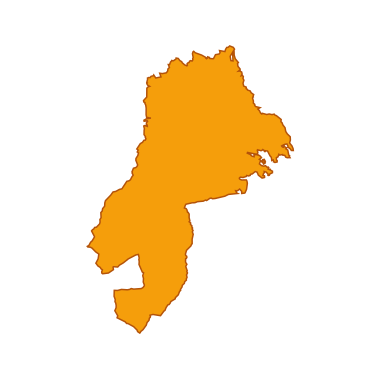 the district of Sangeorz-Bai, Bistrita-Nasaud, Romania, rotated 199°
{"feature_id": "2599482B94915018656895", "entity_name": "Sangeorz-Bai", "entity_type": "district", "adm_level": 2, "iso_a3": "ROU", "parent_name": "Romania", "parent_adm1": "Bistrita-Nasaud", "projection": "robinson", "projection_center": [24.648, 47.428], "detail": "fine", "context": "isolated", "style": "filled", "palette": "amber", "viewbox_px": 384, "rotation_deg": 199, "n_neighbors": 0, "source": "geoboundaries", "source_scale": "gbopen_adm2", "svg_char_len": 6087}
<svg xmlns="http://www.w3.org/2000/svg" viewBox="0 0 384 384"><g transform="rotate(199 192 192)"><path d="M248.5,313.8L250.6,313.5L250.4,312.7L251.8,310.6L252.7,309.8L254.0,309.8L254.2,308.5L254.6,308.1L254.7,305.2L255.9,304.8L253.9,302.4L254.8,300.5L254.4,298.4L255.1,296.3L258.6,294.3L261.2,293.8L258.8,290.7L263.4,288.0L266.3,290.2L266.4,289.3L268.4,288.0L268.8,286.6L270.3,286.1L271.2,285.2L270.7,284.3L270.4,280.7L269.8,280.6L270.0,279.7L268.6,278.5L266.5,278.1L267.6,277.3L268.5,275.5L265.7,267.0L267.6,262.7L266.9,261.4L265.6,261.3L265.3,260.3L264.1,259.2L262.7,256.5L260.5,250.0L259.2,247.8L254.9,248.5L258.8,246.5L260.8,244.2L260.3,243.3L257.5,244.8L257.1,244.5L257.5,244.0L257.2,243.7L257.6,242.4L256.9,240.6L256.1,240.7L255.6,239.5L258.2,239.5L259.0,239.0L259.0,238.5L257.5,236.1L257.4,234.9L256.0,230.6L254.0,229.1L253.9,228.3L252.9,227.4L253.0,225.9L254.3,225.2L255.0,222.8L256.6,221.0L258.2,214.7L256.5,214.1L256.8,212.0L255.4,211.7L255.1,208.9L255.9,205.5L255.4,203.7L252.2,199.9L252.3,198.2L253.0,196.9L255.1,195.4L255.3,191.5L254.8,191.1L254.8,190.4L253.1,188.8L253.8,186.6L254.2,183.5L255.3,182.0L257.1,180.9L259.3,172.2L261.5,170.8L264.2,167.8L266.7,166.3L267.8,162.6L271.0,155.7L270.9,153.4L270.0,150.1L271.1,147.2L270.7,144.7L271.5,142.9L269.6,138.1L270.1,136.0L269.1,133.6L269.0,131.7L270.9,127.6L272.5,126.8L272.9,125.0L273.8,124.0L274.3,122.5L269.8,118.2L269.6,117.6L270.5,113.3L271.5,111.5L272.1,107.9L273.3,106.5L272.7,106.1L270.1,106.7L268.3,106.4L263.5,104.0L259.9,103.0L259.0,98.2L259.7,93.4L256.8,91.4L254.2,90.8L253.0,89.7L251.4,89.3L251.4,87.2L250.9,86.0L249.9,85.6L244.6,88.2L241.0,93.0L242.2,95.3L241.9,95.8L237.8,96.9L236.8,99.2L233.9,102.6L230.4,108.1L224.6,114.2L222.4,115.5L220.4,112.4L220.3,110.9L219.3,109.1L218.5,106.2L212.9,100.1L211.5,99.9L211.3,96.8L209.7,94.4L208.8,91.0L206.8,88.6L206.6,87.6L207.3,85.6L208.5,84.2L215.5,81.2L218.1,80.9L219.1,79.7L221.2,78.5L227.0,76.9L230.3,74.7L233.5,73.7L231.7,68.0L229.6,65.4L229.1,63.2L228.0,62.2L226.8,60.1L226.1,57.9L226.3,54.6L221.9,50.8L221.9,48.7L212.9,47.5L211.0,46.4L209.8,46.8L203.4,45.7L198.9,43.5L198.0,42.3L195.5,41.6L195.1,42.2L195.1,43.3L193.5,45.9L191.9,51.2L192.0,54.0L190.9,56.6L191.2,58.9L190.7,59.9L190.7,60.6L191.6,61.8L189.1,63.5L181.5,64.8L179.8,70.2L179.0,71.3L178.9,74.2L178.1,77.4L177.0,78.2L176.4,80.1L176.4,81.5L173.1,85.5L173.3,86.7L171.5,90.3L171.4,94.0L170.7,95.2L171.2,96.2L170.5,99.0L170.8,100.6L169.5,103.1L169.7,104.9L168.6,106.8L169.1,107.9L168.9,109.7L170.2,111.8L169.9,114.0L171.0,115.0L170.9,116.0L173.4,119.2L173.7,119.8L173.3,122.0L175.1,123.4L175.6,124.4L176.3,127.0L175.7,127.5L175.6,128.7L176.2,129.6L177.3,129.9L178.0,131.2L178.2,135.1L175.5,140.6L175.4,142.5L175.0,143.1L176.5,147.4L177.1,152.4L178.7,154.4L178.5,156.0L179.9,157.1L179.7,158.1L180.8,158.9L181.1,160.0L182.9,160.9L183.2,162.3L185.0,162.9L184.6,164.0L186.4,166.9L187.5,170.2L189.1,171.5L189.6,171.4L191.1,173.6L192.2,174.4L194.0,174.4L194.0,177.3L193.7,178.5L188.4,181.8L185.8,182.8L183.7,184.6L178.4,187.0L176.5,188.8L175.4,188.7L172.9,192.0L171.8,192.5L170.4,192.3L168.0,193.4L159.6,198.7L156.7,201.6L148.3,205.5L149.4,205.7L151.2,207.5L149.4,208.0L147.9,210.3L145.3,208.8L144.5,206.8L141.9,208.1L141.6,208.5L141.3,212.3L142.5,218.3L143.6,220.2L144.5,221.1L149.0,219.5L151.0,219.7L151.6,220.1L151.7,221.0L151.0,221.8L148.5,222.3L145.8,224.3L145.7,225.4L143.7,225.6L142.4,226.6L142.4,227.8L140.8,228.8L138.9,231.9L137.0,232.0L134.7,229.5L130.3,228.0L128.4,229.1L128.1,229.7L128.8,230.9L130.3,230.7L130.4,232.7L129.9,233.9L130.4,234.9L128.4,235.0L126.0,233.7L125.6,232.5L124.8,232.6L124.3,233.1L124.3,234.3L122.2,236.4L122.7,237.9L124.4,238.1L125.5,238.9L126.0,238.3L127.6,238.5L127.2,239.8L128.0,240.4L129.0,239.9L131.1,240.8L132.6,239.8L134.8,239.6L137.4,240.5L137.5,242.4L137.2,243.1L136.4,243.4L134.2,242.6L133.5,241.7L132.4,242.8L132.3,243.5L133.1,243.7L132.6,244.8L134.8,246.8L133.9,244.8L134.6,244.7L135.3,245.8L135.7,245.6L135.4,244.0L135.8,243.7L139.0,244.8L137.5,247.1L139.0,248.1L140.6,248.5L143.7,248.3L145.4,247.2L144.8,245.6L146.7,245.4L148.2,245.8L148.4,246.4L152.4,246.7L152.4,247.5L142.4,248.8L142.0,249.0L142.7,249.6L142.6,250.8L143.8,252.6L143.3,252.8L143.5,253.3L140.2,253.5L139.2,254.4L138.9,255.2L137.6,254.8L136.6,253.9L136.0,254.1L136.2,254.9L133.9,255.3L129.9,251.5L128.3,250.6L126.8,247.7L125.7,248.8L124.6,247.5L124.7,247.1L123.2,246.9L121.3,248.1L121.7,249.4L122.5,249.6L123.4,252.0L122.2,253.1L122.1,255.9L121.2,255.4L118.6,256.9L118.3,256.4L116.1,256.8L114.8,255.5L113.2,255.4L110.5,256.4L111.8,257.6L111.6,258.1L112.6,258.5L115.1,262.8L117.4,263.4L116.9,264.5L119.9,265.1L120.2,264.0L121.3,264.1L122.3,264.7L122.0,265.2L120.3,266.2L120.7,266.5L119.5,267.5L117.8,268.3L116.2,266.6L115.9,265.7L113.0,264.7L111.6,263.6L109.7,264.2L110.6,266.0L112.6,268.2L115.7,270.1L115.9,273.2L117.1,276.2L120.9,278.0L123.1,279.8L125.0,283.1L127.9,285.0L129.5,286.9L130.8,287.4L131.3,289.6L137.1,291.7L138.4,291.6L139.6,292.4L141.6,291.2L144.4,290.9L146.6,289.6L151.2,289.3L151.4,288.5L152.8,288.9L154.8,290.9L156.8,291.9L155.1,293.9L159.6,293.5L160.8,294.2L161.2,295.3L162.9,296.0L163.6,298.1L165.2,300.3L165.4,301.3L165.0,301.8L165.4,302.3L165.4,304.2L168.4,305.1L169.9,306.5L172.7,306.5L173.4,307.2L174.4,307.3L174.9,308.8L177.6,309.0L179.2,311.5L179.3,314.6L180.8,316.0L181.0,317.8L182.4,318.8L183.3,318.0L183.1,320.0L184.1,321.6L185.5,321.8L185.8,322.2L187.4,321.4L186.4,323.2L186.5,323.9L189.5,325.8L190.8,328.4L190.3,329.5L194.5,332.1L196.7,335.2L197.8,338.1L198.5,335.8L195.9,329.3L198.0,328.9L200.1,332.7L198.3,340.9L200.0,342.2L203.9,342.4L204.9,340.6L206.2,340.0L206.7,337.9L206.6,335.5L212.0,334.7L210.8,332.9L211.3,331.3L214.5,329.5L215.1,325.1L216.0,324.7L218.8,324.0L219.3,324.9L221.0,324.9L220.7,324.3L221.5,322.9L222.0,323.4L222.4,323.1L222.6,323.7L227.5,324.6L234.3,324.7L236.2,325.6L236.7,324.9L236.6,322.9L234.7,319.6L234.8,318.4L234.2,317.3L234.6,315.8L236.0,315.8L236.9,314.9L236.9,313.6L238.1,312.5L238.4,311.5L237.6,310.4L237.9,309.6L240.3,309.8L243.3,311.0L244.2,311.9L246.3,312.3L248.5,313.8Z" fill="#f59e0b" stroke="#b45309" stroke-width="1.5"/></g></svg>